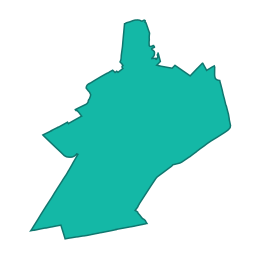 Mogosoaia, Ilfov, Romania, rotated 177°
{"feature_id": "2599482B61914387946285", "entity_name": "Mogosoaia", "entity_type": "district", "adm_level": 2, "iso_a3": "ROU", "parent_name": "Romania", "parent_adm1": "Ilfov", "projection": "robinson", "projection_center": [26.008, 44.535], "detail": "fine", "context": "isolated", "style": "filled", "palette": "teal", "viewbox_px": 256, "rotation_deg": 177, "n_neighbors": 0, "source": "geoboundaries", "source_scale": "gbopen_adm2", "svg_char_len": 5014}
<svg xmlns="http://www.w3.org/2000/svg" viewBox="0 0 256 256"><g transform="rotate(177 128 128)"><path d="M33.9,170.6L35.9,171.1L36.8,171.6L37.8,172.4L38.3,173.2L38.5,174.3L38.7,175.2L38.7,177.0L38.5,180.3L38.3,183.5L38.2,184.1L38.6,185.5L41.2,184.3L42.8,183.4L46.5,181.4L46.6,181.7L47.4,183.5L48.4,185.5L49.9,188.7L50.1,188.8L50.3,188.8L55.3,184.2L55.8,183.8L61.0,178.9L63.2,176.8L63.3,176.9L77.8,188.1L80.8,185.4L93.6,188.4L93.5,188.5L96.0,189.2L92.2,192.8L94.1,201.8L94.2,200.4L94.9,199.5L94.9,199.3L94.5,198.5L94.4,198.5L94.6,197.0L95.3,196.2L95.9,195.3L96.0,195.1L96.3,195.0L96.5,195.1L96.8,196.1L100.5,196.1L100.4,196.4L100.3,196.5L100.2,196.8L99.1,197.7L98.7,198.3L98.4,198.7L97.9,199.6L97.7,200.9L97.6,201.6L97.6,202.1L97.6,202.4L97.7,202.6L97.8,203.0L98.2,203.5L98.8,204.2L99.3,204.5L99.6,204.7L99.9,205.0L100.2,205.5L100.2,205.9L100.2,206.0L99.9,206.3L99.1,206.5L98.3,206.8L97.6,207.1L97.4,207.2L97.3,207.4L97.6,208.1L98.0,208.7L98.3,208.9L98.3,209.0L98.5,209.0L98.5,208.9L99.2,208.7L99.8,208.5L100.3,208.4L100.7,208.3L100.8,208.3L101.3,208.3L101.7,208.4L102.0,208.5L102.3,208.8L102.5,209.1L102.5,209.6L102.5,210.3L102.5,210.5L102.5,210.8L102.5,211.3L102.5,211.8L102.5,212.3L102.4,212.7L102.4,213.1L102.4,213.3L102.3,213.7L102.2,214.1L102.2,214.6L102.1,215.0L102.1,215.4L102.1,215.8L102.1,216.5L102.1,217.3L102.0,218.1L101.9,219.2L101.7,220.2L101.6,221.2L101.5,221.5L101.7,222.3L101.9,222.9L102.1,223.6L102.7,225.6L103.1,227.1L103.7,229.1L104.5,231.8L104.7,232.3L105.0,232.7L105.5,232.8L105.2,234.2L105.5,234.5L105.9,234.8L106.9,234.7L107.9,234.1L108.4,234.0L109.0,234.1L110.7,235.0L112.6,235.4L115.3,235.4L117.3,235.0L120.7,233.9L123.9,233.2L124.8,232.8L125.0,232.5L125.7,232.3L126.0,232.3L126.6,228.3L127.3,223.3L127.5,222.1L128.4,215.9L129.3,209.4L130.9,201.0L131.1,199.0L131.3,197.6L131.4,197.1L131.6,196.3L131.9,195.6L132.2,195.0L132.5,194.4L132.2,194.0L131.9,193.6L131.2,193.0L130.8,192.5L130.7,192.3L130.6,192.1L130.5,191.8L130.5,191.6L129.7,190.8L129.7,190.7L130.7,189.8L130.7,188.9L130.5,188.4L130.0,187.7L130.5,187.3L135.1,184.1L135.4,184.4L136.3,185.3L138.0,184.1L140.3,186.5L140.5,186.4L143.2,185.1L143.7,184.8L144.5,184.3L145.2,184.0L145.3,184.0L145.5,184.0L145.8,183.9L147.0,183.3L148.1,182.8L152.5,180.6L156.7,178.4L158.8,177.3L164.2,174.3L164.3,174.5L165.1,174.1L166.3,173.2L166.9,172.4L167.3,171.7L167.5,170.9L167.7,170.1L167.4,169.7L166.8,168.8L166.5,168.3L165.8,167.4L165.7,167.2L165.0,166.4L164.5,165.7L163.5,163.2L164.0,161.4L165.1,159.0L165.8,158.2L166.1,157.7L166.5,156.2L166.6,155.7L167.2,155.1L167.5,154.7L168.0,154.3L168.4,154.0L169.1,153.7L179.7,149.2L179.6,148.9L179.0,148.2L178.3,148.6L177.9,147.8L177.7,147.8L176.1,145.9L173.8,142.4L173.7,142.3L177.1,140.6L181.4,138.5L187.2,135.6L187.3,135.5L188.1,137.0L197.9,132.2L198.0,132.4L198.3,132.2L204.8,129.4L204.7,129.2L213.2,125.6L213.4,125.5L213.0,125.0L209.4,121.1L201.1,112.3L196.4,107.4L193.1,103.8L191.7,102.9L190.7,102.4L189.2,102.1L187.5,101.9L186.3,101.9L185.8,101.9L184.9,102.0L183.4,102.6L182.5,103.1L180.9,104.4L180.5,104.9L180.3,104.8L179.4,104.3L180.9,102.0L181.8,100.6L183.7,97.7L185.2,95.4L185.3,95.1L188.4,90.3L189.3,88.9L190.1,87.8L190.8,86.6L191.6,85.4L192.7,83.8L193.2,83.2L195.7,79.8L196.5,78.6L202.1,70.8L203.6,68.6L204.1,68.0L207.9,62.4L211.5,57.5L212.4,56.2L213.6,54.6L215.3,52.2L219.6,46.1L222.5,41.8L227.5,34.7L229.4,31.9L230.5,30.5L226.9,31.0L226.9,30.8L224.9,31.1L222.0,31.6L215.9,32.5L215.7,32.4L215.4,32.4L215.1,32.4L210.0,33.2L209.4,33.2L205.6,33.8L200.1,34.5L198.1,26.6L196.6,20.6L192.1,21.2L191.9,21.2L189.7,21.4L187.2,21.7L185.4,21.9L184.6,21.9L183.3,22.0L181.8,22.2L180.7,22.3L179.5,22.5L178.5,22.5L177.8,22.6L177.5,22.6L177.0,22.6L176.7,22.6L176.4,22.7L176.1,22.7L175.3,22.8L174.9,22.8L173.0,23.1L171.5,23.3L169.8,23.6L169.2,23.7L168.8,23.7L168.6,23.8L167.5,23.9L167.1,24.0L166.4,24.1L165.7,24.2L164.8,24.3L163.5,24.5L163.4,24.5L162.7,24.6L161.7,24.8L160.8,24.9L160.4,24.9L149.2,26.5L148.1,26.7L146.1,27.0L145.4,27.1L145.5,27.3L136.9,28.4L130.8,29.2L130.4,29.2L128.8,29.4L127.2,29.6L126.0,29.8L124.9,30.0L124.3,30.1L122.8,30.3L121.6,30.5L121.3,30.6L121.0,30.6L120.5,30.7L120.2,30.7L119.7,30.8L119.4,30.8L119.0,30.9L118.6,30.9L117.8,31.1L116.9,31.2L115.6,31.4L114.4,31.7L114.1,31.7L115.1,33.5L115.5,34.6L116.8,35.9L118.2,36.8L119.3,38.2L121.1,40.8L121.8,41.6L122.4,42.4L122.8,43.6L123.6,44.2L124.2,44.7L124.8,45.1L125.2,45.3L124.9,45.7L124.2,46.5L122.9,48.0L122.1,49.1L121.9,49.9L121.0,51.0L120.7,51.7L108.0,69.2L102.7,76.3L101.3,77.7L99.2,79.1L94.5,82.2L86.2,87.8L85.2,88.9L78.0,90.3L76.0,91.2L68.6,95.7L67.4,96.3L66.9,96.7L64.7,98.2L62.5,99.7L61.8,100.1L61.2,100.5L60.8,100.9L57.2,103.4L54.5,105.1L52.6,106.3L50.5,107.8L48.6,109.0L45.8,110.7L41.9,112.8L40.6,113.5L40.2,113.7L38.6,114.6L31.7,118.5L29.6,119.8L28.0,120.9L26.9,122.0L26.0,123.0L25.8,123.9L25.5,125.1L26.4,130.8L26.5,132.5L27.0,136.8L27.4,138.5L28.4,143.5L28.6,144.6L29.2,146.2L30.3,152.3L30.7,154.0L31.4,157.5L31.6,158.8L31.9,160.7L33.1,166.6L33.7,169.3L33.9,170.6Z" fill="#14b8a6" stroke="#0f766e" stroke-width="1.5"/></g></svg>